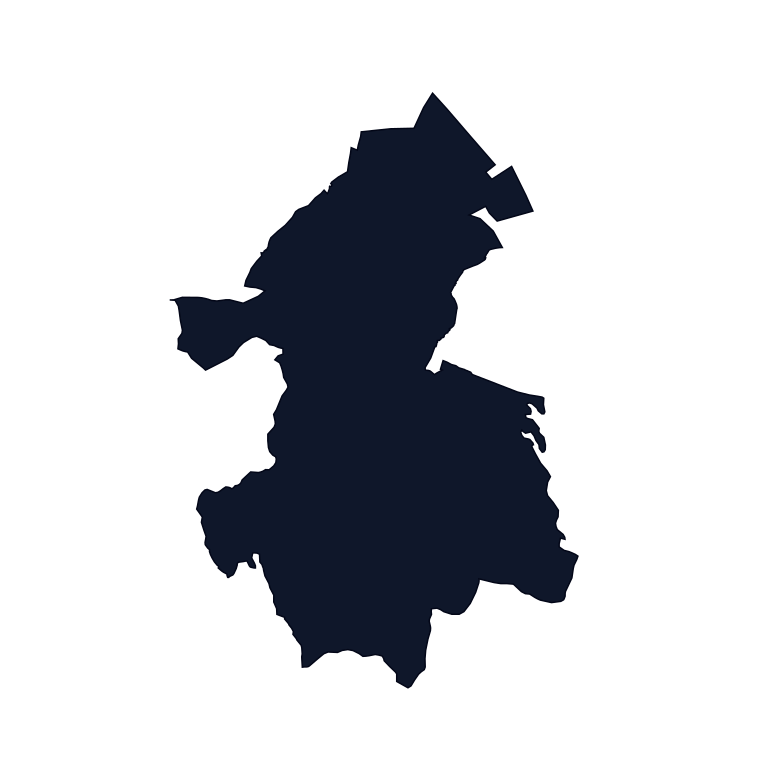 the district of Bocsa, Caras-Severin, Romania, rotated 103°
{"feature_id": "2599482B42018204539713", "entity_name": "Bocsa", "entity_type": "district", "adm_level": 2, "iso_a3": "ROU", "parent_name": "Romania", "parent_adm1": "Caras-Severin", "projection": "equal_earth", "projection_center": [21.744, 45.393], "detail": "fine", "context": "isolated", "style": "filled", "palette": "ink", "viewbox_px": 768, "rotation_deg": 103, "n_neighbors": 0, "source": "geoboundaries", "source_scale": "gbopen_adm2", "svg_char_len": 6170}
<svg xmlns="http://www.w3.org/2000/svg" viewBox="0 0 768 768"><g transform="rotate(103 384 384)"><path d="M548.0,538.4L554.5,531.1L559.8,530.8L566.9,526.6L572.4,523.1L574.5,522.9L578.7,522.7L580.8,522.0L583.5,518.9L584.7,516.7L586.6,516.3L589.1,514.8L592.1,512.4L595.4,509.3L598.1,505.8L598.7,504.1L600.6,504.1L602.7,500.1L603.5,498.1L604.5,494.3L606.0,493.8L607.6,492.8L607.4,491.8L606.3,491.2L604.0,488.3L602.3,487.6L597.1,486.5L593.3,486.3L592.2,486.6L591.3,486.4L590.3,485.5L588.7,481.2L587.6,478.8L587.4,477.9L587.7,477.3L591.5,474.3L592.3,473.3L592.5,472.4L592.5,469.4L592.2,467.9L590.0,468.4L587.8,469.9L583.5,473.6L583.2,473.8L578.3,473.9L577.8,472.7L577.3,469.7L577.9,467.0L585.4,464.9L587.3,462.3L589.5,461.0L590.5,460.2L592.8,459.3L597.8,456.8L604.3,451.2L608.2,449.3L614.5,443.9L621.2,442.4L627.0,438.1L632.6,436.5L633.7,428.3L635.3,428.0L639.0,423.1L640.2,422.3L642.7,419.1L645.6,416.6L648.4,416.4L651.8,412.2L653.1,411.2L657.2,405.9L659.4,404.8L665.4,403.0L668.3,402.8L678.3,399.9L677.5,397.7L677.0,395.6L676.5,394.4L675.6,393.4L666.8,386.9L660.3,381.9L657.7,378.2L656.0,368.9L653.0,364.8L650.9,359.5L650.7,354.2L652.3,347.5L654.1,343.3L653.2,340.3L652.1,337.4L649.5,331.7L649.3,328.1L649.4,324.8L650.2,323.8L651.2,322.9L652.4,322.1L653.6,321.6L658.0,314.9L662.1,308.0L663.6,306.4L671.0,304.7L674.6,292.3L672.1,289.8L665.4,287.6L658.9,285.0L655.9,282.9L653.2,280.5L650.5,280.2L642.3,282.3L634.0,283.5L622.7,283.8L613.9,283.3L611.3,283.7L609.7,284.3L605.0,286.6L602.8,286.8L597.8,285.9L595.1,286.8L592.3,287.2L590.5,281.9L591.1,278.1L592.4,274.5L593.1,266.1L591.4,258.9L587.8,254.9L578.4,250.6L566.3,247.8L556.4,246.9L554.4,247.1L552.5,247.7L552.7,232.1L552.2,225.3L550.8,219.2L549.9,212.9L555.4,203.4L556.5,199.1L555.9,194.8L558.0,189.0L558.8,186.1L559.4,183.1L559.3,171.6L556.0,162.8L553.9,160.5L553.0,160.2L550.1,159.8L547.3,160.4L545.3,160.5L530.7,157.3L521.1,158.1L517.8,158.1L511.7,156.7L508.1,156.3L507.0,159.2L506.2,163.1L505.7,166.1L505.6,171.1L503.3,176.7L500.3,177.4L494.5,177.4L494.6,172.7L492.7,173.4L490.3,175.6L486.9,182.4L484.2,184.3L481.0,185.6L477.6,185.3L474.3,184.5L467.8,185.7L461.5,192.4L456.0,199.5L451.4,201.9L442.8,202.5L436.8,201.0L431.9,205.6L426.0,213.5L417.9,220.8L412.1,225.6L411.1,225.9L410.1,225.6L409.6,224.7L408.0,225.6L405.3,229.4L405.1,231.1L405.2,235.4L403.1,238.1L400.2,240.0L397.9,239.3L398.9,238.0L400.1,235.0L397.6,230.0L400.7,226.2L404.9,223.2L408.2,219.4L411.9,218.1L414.9,214.5L414.1,212.9L411.8,212.1L407.1,213.0L400.0,216.3L397.0,221.4L395.2,222.6L392.3,222.8L385.4,231.3L385.3,236.0L384.9,238.1L381.9,239.4L380.4,234.4L377.6,234.5L375.1,235.8L372.3,240.3L370.6,239.8L369.7,237.9L370.0,235.2L373.1,229.5L375.4,227.7L377.6,223.5L377.1,221.5L375.0,221.0L368.3,224.0L361.9,225.1L361.2,227.0L361.4,231.6L362.0,239.8L361.8,252.0L354.9,300.1L353.0,302.2L352.5,305.2L352.3,306.1L352.2,307.8L351.8,308.5L351.4,314.8L350.0,318.1L349.9,322.0L349.8,323.0L348.6,327.2L347.9,331.7L357.0,332.3L357.3,330.3L361.3,334.9L363.5,337.0L361.5,340.8L360.9,342.2L360.8,343.6L361.1,346.3L360.8,347.0L358.9,347.6L358.3,347.5L348.2,344.3L336.9,342.9L336.2,342.6L335.9,341.8L335.5,341.7L333.8,341.6L332.5,341.8L331.2,341.3L330.6,341.4L330.2,341.7L329.6,341.8L329.5,341.4L329.2,340.9L329.1,339.9L327.2,338.6L326.7,338.9L326.3,338.9L326.1,338.6L326.1,337.9L325.5,337.5L325.3,336.7L325.0,336.4L324.3,336.1L322.8,336.3L322.1,336.0L320.5,334.8L319.8,333.5L318.4,333.3L316.3,331.9L316.1,332.0L315.8,332.8L315.4,332.8L314.2,331.1L312.2,329.7L311.3,329.2L310.4,329.3L309.2,328.8L295.2,329.9L293.8,329.8L292.0,330.4L290.1,331.3L286.7,333.7L285.1,335.0L284.1,336.6L282.6,338.1L281.8,338.7L280.9,338.9L280.0,339.7L272.3,337.7L272.1,337.3L271.7,337.0L270.4,337.4L270.1,336.7L269.5,336.4L269.1,336.7L269.0,337.1L268.8,337.2L268.2,336.8L267.5,336.6L266.9,336.8L266.7,336.1L266.3,335.7L264.7,335.6L260.8,334.1L257.5,332.6L255.9,332.5L255.1,332.0L254.7,332.0L249.1,324.0L246.5,320.0L244.6,317.9L240.7,314.1L240.0,313.6L239.5,313.4L238.2,313.3L238.3,314.4L236.1,313.7L234.4,313.4L233.2,312.8L230.0,311.8L228.9,310.5L226.5,305.6L225.2,302.2L224.4,299.4L210.4,312.0L201.3,327.6L200.2,339.1L188.0,324.9L193.7,319.8L199.8,310.4L182.0,277.8L168.2,288.2L143.3,308.6L160.3,325.0L154.7,332.5L145.4,325.0L123.3,355.4L101.8,384.7L89.7,402.1L105.7,407.6L128.1,412.3L133.8,434.8L143.4,462.9L148.1,462.4L157.1,462.8L162.2,462.6L161.1,469.1L166.9,468.5L176.1,468.1L185.4,467.3L192.5,474.9L199.1,480.4L200.8,480.9L201.3,479.6L203.1,479.6L203.2,480.1L203.6,480.7L203.5,481.4L204.0,481.5L205.7,481.1L207.8,481.3L208.3,481.4L209.1,481.4L211.3,482.1L208.6,486.0L212.7,488.2L218.0,492.7L227.2,497.7L233.0,506.3L236.0,508.9L242.2,510.7L251.6,515.9L259.0,521.7L266.9,527.1L269.2,527.6L271.5,527.9L273.9,527.9L276.3,527.7L280.1,528.8L279.9,529.4L281.6,530.7L282.3,530.5L282.6,530.7L282.9,531.2L283.7,531.8L283.8,533.2L286.8,532.0L292.9,535.5L301.4,539.3L305.4,539.8L314.0,541.8L319.8,541.8L319.7,536.5L318.9,530.7L318.9,529.8L319.2,525.3L320.0,520.9L326.8,526.2L337.0,539.4L336.7,553.3L337.5,556.9L340.7,565.5L341.4,570.8L341.0,574.2L340.9,577.5L341.0,580.8L341.4,584.2L344.9,600.0L349.4,608.0L350.3,611.7L349.4,606.4L354.3,601.9L358.6,600.1L368.0,596.6L377.0,592.5L380.2,592.3L386.2,594.7L391.1,593.3L396.1,592.7L396.6,590.1L397.0,587.6L397.1,585.0L397.0,582.5L402.2,577.3L409.0,563.7L410.6,561.0L395.0,542.4L390.1,537.7L380.6,533.7L375.2,530.2L368.3,523.2L366.1,518.8L367.0,513.8L368.2,508.9L371.4,504.3L371.2,499.7L371.7,497.4L372.1,495.1L372.2,492.8L372.1,490.5L377.6,489.1L380.4,493.5L385.0,495.8L386.8,490.4L389.9,488.2L393.2,486.3L396.6,484.6L400.2,483.2L405.7,478.2L408.7,476.8L412.1,477.8L418.5,480.6L433.2,483.0L438.4,484.7L444.8,481.7L447.4,480.9L450.9,481.4L459.0,485.9L465.5,484.4L471.9,482.3L475.6,480.1L478.3,476.4L479.3,473.2L481.3,472.1L484.9,471.7L488.6,473.0L493.4,476.6L494.1,480.2L496.1,482.2L497.6,484.5L498.5,486.4L499.7,494.1L509.3,500.6L512.5,501.2L514.4,502.3L515.8,504.0L516.6,506.1L519.2,507.5L520.3,508.8L519.8,510.4L519.6,511.9L519.7,513.5L519.9,515.0L522.2,517.2L524.7,519.2L526.8,521.3L527.9,523.8L526.5,532.6L527.6,534.7L530.9,536.8L535.8,538.5L538.6,538.6L545.0,538.3L548.0,538.4Z" fill="#0f172a" stroke="#020617" stroke-width="1.5"/></g></svg>